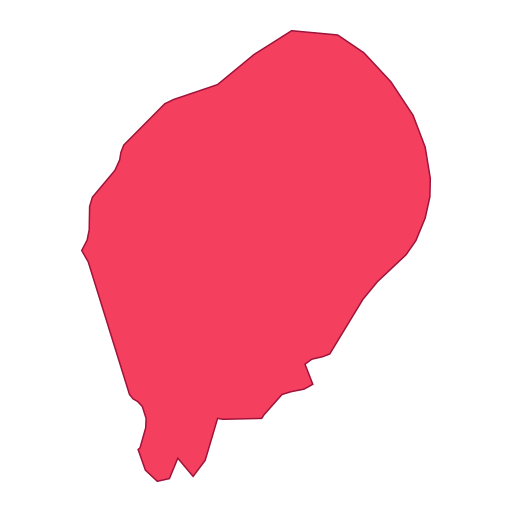 SVG path tracing the border of São Tomé
{"feature_id": "STP-4861", "entity_name": "São Tomé", "entity_type": "state/province", "adm_level": 1, "iso_a3": "STP", "parent_name": "São Tomé and Principe", "parent_adm1": "", "projection": "mercator", "projection_center": [6.595, 0.217], "detail": "fine", "context": "isolated", "style": "filled", "palette": "rose", "viewbox_px": 512, "rotation_deg": 0, "n_neighbors": 0, "source": "natural_earth", "source_scale": "10m", "svg_char_len": 766}
<svg xmlns="http://www.w3.org/2000/svg" viewBox="0 0 512 512"><path d="M337.7,35.0L363.9,52.8L390.9,81.8L413.1,115.4L425.2,147.2L430.3,178.3L429.9,196.8L425.2,218.0L415.9,240.6L406.1,254.7L377.5,281.6L363.0,299.2L329.7,354.0L322.6,356.7L311.8,359.2L305.0,364.2L312.8,384.3L304.1,389.1L291.1,391.7L282.0,394.5L264.0,414.8L261.7,418.4L222.9,419.3L217.6,418.4L205.2,460.3L193.1,476.4L177.8,458.2L169.4,478.6L157.3,481.3L145.4,470.2L138.1,449.5L140.0,447.9L145.7,427.8L146.1,418.4L142.3,406.5L137.5,401.4L133.0,398.8L129.5,394.5L88.2,261.8L81.7,250.5L87.1,240.2L89.2,229.9L89.6,206.5L92.4,197.2L114.9,170.4L119.7,159.8L120.9,152.4L123.8,145.0L164.8,103.7L173.8,99.4L217.5,84.6L254.0,54.5L291.6,30.7L337.7,35.0Z" fill="#f43f5e" stroke="#9f1239" stroke-width="1.5"/></svg>